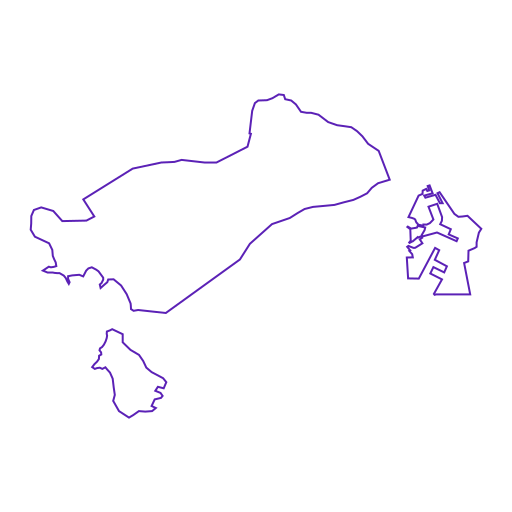 the district of Jung-gu [Central District], Incheon, South Korea
{"feature_id": "91817680B6497324316239", "entity_name": "Jung-gu [Central District]", "entity_type": "district", "adm_level": 2, "iso_a3": "KOR", "parent_name": "South Korea", "parent_adm1": "Incheon", "projection": "robinson", "projection_center": [126.503, 37.45], "detail": "fine", "context": "isolated", "style": "outline", "palette": "violet", "viewbox_px": 512, "rotation_deg": 0, "n_neighbors": 0, "source": "geoboundaries", "source_scale": "gbopen_adm2", "svg_char_len": 3194}
<svg xmlns="http://www.w3.org/2000/svg" viewBox="0 0 512 512"><path d="M301.0,111.8L295.9,104.4L291.2,100.5L285.2,99.2L283.8,95.0L278.8,94.4L272.4,98.2L267.0,100.2L258.3,100.5L254.9,103.1L252.2,110.8L249.5,133.4L250.9,133.8L247.5,146.7L216.5,162.5L204.4,162.5L181.6,159.9L174.5,161.9L168.8,162.2L161.4,162.5L132.7,168.6L83.3,199.4L94.3,216.5L86.4,220.6L62.3,221.1L53.3,211.0L41.2,207.4L33.9,210.0L31.3,216.0L31.2,223.6L30.7,229.7L34.9,236.7L49.1,243.3L52.3,249.9L52.8,255.9L54.2,259.3L55.7,262.4L56.3,266.1L53.7,266.9L50.9,267.3L48.8,266.7L42.9,270.6L47.5,272.5L52.6,272.5L54.6,272.9L56.9,273.1L59.5,273.1L63.8,275.6L65.8,278.1L67.3,281.4L68.8,283.9L69.6,282.2L68.1,278.9L68.1,276.2L72.2,275.4L79.3,274.8L83.2,276.4L86.2,270.6L88.4,268.4L91.8,267.3L96.1,269.6L98.5,271.3L103.2,277.7L103.2,279.7L101.5,283.1L99.8,284.5L100.6,288.0L104.1,284.9L107.3,282.2L108.2,279.5L113.6,279.3L121.1,285.5L126.7,294.2L130.6,303.5L130.8,305.4L131.0,309.1L133.6,310.8L138.1,310.0L165.8,313.0L239.9,259.5L249.9,243.8L272.0,224.1L289.8,218.0L297.7,213.0L304.6,209.0L313.0,206.9L324.0,205.9L334.5,204.9L343.5,202.4L353.4,199.9L360.3,196.8L367.1,193.3L371.8,187.8L378.1,183.2L389.7,179.7L378.7,150.9L368.1,143.8L362.4,136.3L357.1,131.2L351.3,127.2L344.5,126.2L337.1,125.2L328.2,122.1L318.5,114.7L311.1,112.8L306.7,112.8L301.0,111.8ZM454.4,213.9L439.6,192.2L437.5,193.2L442.6,203.2L439.9,203.2L435.5,194.8L425.4,197.7L424.2,195.6L432.6,193.3L429.6,185.4L427.7,186.0L429.2,190.4L427.3,191.0L426.2,188.9L422.7,190.6L422.5,193.9L418.6,195.6L408.5,217.1L411.8,217.9L414.1,218.7L415.2,219.5L416.0,221.7L416.6,222.8L417.3,223.3L417.7,223.8L417.8,224.6L423.3,225.7L423.4,224.5L426.7,224.6L429.9,223.1L433.4,219.5L428.5,206.7L437.2,203.8L442.1,217.1L441.9,220.8L440.2,224.2L450.8,229.2L448.7,234.4L457.8,238.4L456.6,241.2L437.0,232.5L422.6,236.4L421.8,234.9L424.6,230.1L425.2,227.5L417.7,225.9L417.0,227.5L415.9,227.8L411.1,228.6L407.8,226.6L407.4,227.0L410.3,229.2L410.7,240.6L409.2,242.5L409.6,242.9L412.4,241.4L412.8,241.3L417.7,237.1L418.1,237.6L420.9,236.3L422.1,237.8L419.8,239.4L422.4,243.3L416.2,247.2L414.9,247.9L413.5,247.9L408.4,245.9L407.2,246.8L410.2,250.4L409.3,250.9L412.2,254.2L412.8,257.4L406.8,257.5L408.1,278.4L418.8,278.6L435.1,247.9L439.2,250.2L434.8,259.8L446.9,266.3L444.2,272.4L433.4,267.1L430.3,273.5L442.0,279.4L433.9,293.9L434.6,294.8L436.2,294.4L470.2,294.4L464.1,263.0L468.2,261.4L468.5,250.7L474.6,248.1L476.6,246.8L476.6,242.3L478.9,232.6L481.3,228.8L467.5,215.8L462.4,216.5L458.4,216.8L454.4,213.9ZM143.2,361.0L139.0,354.9L130.5,349.9L122.7,342.3L122.7,334.2L112.2,329.2L109.9,330.4L106.9,331.5L106.7,333.8L107.1,335.6L106.7,338.1L105.6,341.4L103.9,344.7L102.1,347.0L100.0,348.4L99.5,350.3L101.1,352.4L101.3,354.5L99.1,355.7L98.9,359.0L97.0,361.7L94.4,364.2L92.2,367.1L94.8,368.9L97.0,368.1L99.8,367.7L102.3,368.9L105.4,367.3L107.1,369.4L110.0,372.6L112.7,378.7L113.7,387.3L114.8,394.9L113.2,400.9L119.0,411.1L129.0,417.6L133.2,415.1L138.9,411.1L145.3,411.6L152.1,411.1L155.8,408.0L151.6,406.0L154.7,399.4L161.0,397.9L162.6,395.9L160.5,392.9L155.3,390.8L157.9,386.8L163.7,388.3L166.3,382.2L163.1,378.2L151.6,372.1L146.3,367.6L143.2,361.0Z" fill="none" stroke="#5b21b6" stroke-width="2"/></svg>